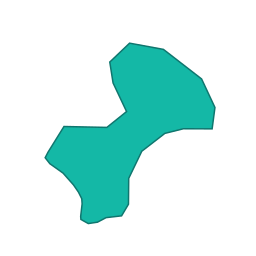 SVG path tracing the border of Kinmen, rotated 328°
{"feature_id": "TWN-3415", "entity_name": "Kinmen", "entity_type": "County", "adm_level": 1, "iso_a3": "TWN", "parent_name": "Taiwan", "parent_adm1": "", "projection": "mercator", "projection_center": [118.347, 24.459], "detail": "fine", "context": "isolated", "style": "filled", "palette": "teal", "viewbox_px": 256, "rotation_deg": 328, "n_neighbors": 0, "source": "natural_earth", "source_scale": "10m", "svg_char_len": 509}
<svg xmlns="http://www.w3.org/2000/svg" viewBox="0 0 256 256"><g transform="rotate(328 128 128)"><path d="M147.5,62.4L174.3,56.9L199.7,80.1L216.4,125.4L212.6,156.7L198.9,173.3L174.6,158.0L156.4,152.1L127.4,155.0L101.9,171.1L88.0,192.9L76.0,199.1L61.9,192.4L52.2,191.7L43.7,188.0L39.6,180.6L41.0,177.9L48.9,168.0L51.3,163.5L52.0,156.1L51.6,147.3L49.0,131.8L42.8,116.9L42.0,109.3L47.4,106.1L74.5,92.8L110.4,116.3L135.5,113.3L139.2,81.9L147.5,62.4Z" fill="#14b8a6" stroke="#0f766e" stroke-width="1.5"/></g></svg>